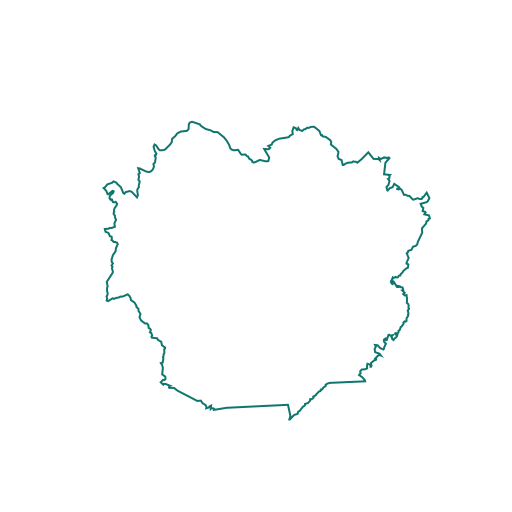 the district of Atengo, Jalisco, Mexico, rotated 37°
{"feature_id": "50627088B38886465943482", "entity_name": "Atengo", "entity_type": "district", "adm_level": 2, "iso_a3": "MEX", "parent_name": "Mexico", "parent_adm1": "Jalisco", "projection": "orthographic", "projection_center": [-104.254, 20.32], "detail": "fine", "context": "isolated", "style": "outline", "palette": "teal", "viewbox_px": 512, "rotation_deg": 37, "n_neighbors": 0, "source": "geoboundaries", "source_scale": "gbopen_adm2", "svg_char_len": 6155}
<svg xmlns="http://www.w3.org/2000/svg" viewBox="0 0 512 512"><g transform="rotate(37 256 256)"><path d="M354.2,102.7L354.3,107.6L353.6,108.7L354.0,109.0L354.0,110.7L352.5,111.9L350.3,112.6L347.9,116.2L347.3,116.5L342.3,115.7L341.1,116.6L338.5,117.1L337.4,118.1L332.6,115.6L330.9,115.4L330.0,115.8L330.0,116.9L327.7,117.9L329.3,116.2L329.0,114.9L323.0,115.2L323.7,118.8L322.0,121.4L321.8,124.5L321.4,124.6L318.7,122.4L319.0,119.8L317.6,115.8L315.1,115.0L315.7,113.9L314.7,111.8L313.9,111.7L314.1,110.7L309.1,113.7L303.2,103.6L303.7,97.6L302.7,97.4L301.3,99.3L300.3,99.3L299.1,100.6L298.8,100.4L297.3,103.5L295.4,103.6L297.0,105.0L295.5,104.8L291.4,107.7L283.3,105.6L282.0,115.3L280.8,120.5L279.4,120.5L276.7,122.0L276.3,123.6L273.6,125.8L271.9,128.3L271.2,130.6L270.5,131.1L266.6,127.9L263.6,128.7L261.2,127.4L259.3,123.3L255.8,122.1L248.7,121.9L247.6,119.8L245.8,118.8L240.0,118.9L237.2,120.4L236.0,119.7L235.2,120.4L231.4,118.0L224.7,117.8L222.4,119.6L220.8,122.2L219.6,122.8L219.2,124.9L218.2,125.8L217.6,128.4L214.7,129.1L212.8,128.3L213.2,130.6L212.5,130.8L211.0,129.9L208.6,130.6L209.8,134.3L212.0,136.5L210.6,139.7L210.7,141.0L210.3,141.8L204.0,148.3L201.9,151.8L200.9,155.4L201.5,157.5L199.6,160.7L202.3,161.1L202.1,162.5L201.6,163.3L198.1,165.6L207.3,169.4L208.7,172.8L206.9,174.5L201.2,177.0L198.8,181.7L197.7,182.9L196.5,183.1L195.7,182.3L193.6,182.1L192.0,182.4L189.9,181.3L188.8,181.7L186.4,181.3L183.8,183.6L182.8,183.7L177.8,182.0L174.6,185.0L172.3,185.7L170.5,185.4L168.0,183.6L163.1,181.5L159.0,180.5L150.7,180.2L147.5,182.5L144.0,183.0L139.2,184.9L133.2,185.2L132.0,184.6L124.1,187.3L122.8,189.5L123.1,191.2L125.7,195.1L125.7,196.8L125.2,198.0L121.0,201.9L119.3,205.6L119.4,208.5L118.5,213.0L120.2,215.8L120.3,218.7L119.3,225.7L117.5,228.0L115.6,229.4L113.8,229.3L109.7,227.8L107.9,228.0L108.4,230.3L111.7,232.9L114.9,234.3L115.2,235.2L114.7,235.9L115.3,236.5L115.1,237.1L116.6,237.7L117.4,238.9L119.0,242.2L118.7,244.2L120.8,246.1L121.5,249.1L121.2,251.5L120.1,253.4L117.2,254.7L110.3,256.1L109.1,256.8L113.3,259.7L112.9,261.5L114.8,262.9L116.2,265.9L118.3,266.5L120.0,270.4L121.1,271.6L121.0,273.4L121.7,275.2L125.0,278.4L125.7,280.8L118.1,279.5L116.0,280.2L113.4,283.5L113.4,285.5L112.2,285.6L106.7,282.4L101.4,281.9L100.5,281.4L97.3,282.2L96.9,284.3L94.2,288.2L94.0,292.2L93.4,293.4L97.2,294.1L100.3,295.9L100.9,295.4L102.2,290.3L103.4,290.0L103.9,291.5L103.0,295.9L104.1,297.8L104.7,298.2L106.5,297.9L106.3,298.5L106.7,298.5L107.1,297.7L109.3,299.0L110.6,298.4L111.3,297.2L113.6,297.9L114.2,299.4L114.3,303.1L115.2,305.3L116.2,305.9L116.4,307.3L117.3,308.3L118.8,308.5L120.3,310.2L122.4,311.2L123.3,315.2L125.7,317.6L124.0,320.3L122.3,321.6L121.8,323.0L119.0,325.4L121.2,327.2L124.3,326.4L127.4,328.1L129.0,327.5L129.9,328.2L131.1,330.3L131.9,330.0L133.9,330.5L135.0,329.6L137.0,329.0L138.5,329.8L139.4,334.0L141.0,336.7L141.2,341.4L142.8,345.8L144.4,347.6L146.2,348.0L146.4,350.6L147.9,351.0L148.4,352.6L151.0,354.5L151.6,355.5L152.4,366.5L155.7,369.4L156.1,370.8L157.9,373.4L160.0,375.1L160.7,376.2L161.0,378.2L162.8,379.6L163.5,381.4L165.0,381.1L167.0,376.0L168.3,375.8L169.6,373.5L171.3,371.9L172.1,370.0L173.4,369.2L174.6,367.5L176.6,363.8L179.0,364.1L181.2,365.1L182.8,366.5L186.9,366.3L190.2,367.6L191.3,368.7L193.8,368.9L195.2,370.5L198.6,371.8L199.8,375.0L202.9,376.6L207.9,376.7L209.4,375.5L211.7,376.0L213.6,378.1L215.2,377.8L216.6,378.4L217.2,380.8L218.7,380.5L221.0,382.1L221.0,383.3L222.0,383.9L226.6,381.2L227.9,382.0L232.0,381.6L234.6,383.9L238.5,383.8L239.0,384.6L238.8,385.7L241.2,388.6L241.3,390.0L242.4,391.6L242.5,392.8L243.5,393.3L245.6,397.2L244.5,398.8L246.4,399.4L248.9,401.3L252.3,407.0L256.1,406.9L257.3,408.1L257.8,409.0L257.3,410.4L256.3,410.9L255.9,414.2L259.4,414.6L259.4,413.5L260.9,412.6L265.3,411.4L265.0,411.8L265.6,413.4L266.1,413.5L269.9,410.7L274.3,410.8L296.3,407.1L299.0,404.7L301.9,405.7L305.6,405.4L307.6,406.7L307.9,407.5L310.0,404.7L309.4,404.2L310.2,402.5L311.9,405.2L312.0,404.6L313.9,403.2L314.8,403.3L315.1,404.1L323.9,394.9L371.1,355.6L379.8,363.1L381.0,366.5L381.4,366.3L382.1,360.1L384.2,357.0L383.4,354.9L384.1,353.6L384.2,347.9L384.9,346.6L384.8,345.3L384.2,344.6L386.0,342.2L386.3,338.7L385.4,337.9L387.0,336.1L387.2,334.6L386.9,333.8L386.4,333.7L387.5,331.2L387.3,330.6L387.9,326.1L388.7,325.2L388.7,324.0L388.2,323.6L389.2,322.5L388.9,320.8L389.9,317.7L389.1,316.8L389.9,314.8L391.3,312.9L418.6,290.4L417.7,289.7L413.8,288.9L409.9,289.0L410.1,286.6L408.8,285.8L408.6,284.8L408.8,283.0L411.1,281.0L412.4,278.9L410.6,276.8L409.9,275.0L412.7,274.1L413.5,274.5L414.1,275.5L414.5,275.2L414.1,273.8L412.8,273.2L412.3,272.2L413.2,268.4L414.3,266.7L414.1,266.1L412.9,266.3L413.4,262.0L414.4,260.6L415.6,260.3L413.4,259.7L409.0,261.1L406.7,258.9L406.3,256.3L404.6,255.4L406.8,254.1L410.4,254.8L413.9,254.1L414.1,253.3L413.3,251.7L412.5,247.8L410.3,247.6L408.7,246.3L408.6,245.6L409.1,244.0L410.5,245.0L411.0,244.5L409.3,239.4L409.8,238.7L411.2,238.7L412.8,237.0L412.6,238.9L414.1,239.5L414.6,240.3L416.4,240.4L416.3,238.6L416.9,236.6L416.7,234.6L416.4,234.1L415.5,234.6L413.8,234.0L414.2,233.2L415.3,233.2L415.8,232.1L415.5,230.7L414.8,230.0L415.3,228.5L414.3,225.6L414.7,224.8L414.7,221.4L413.8,220.6L414.0,218.8L414.9,218.5L415.3,217.3L413.8,215.3L413.5,212.1L412.7,211.5L412.5,210.3L410.0,208.2L410.0,206.1L408.6,205.3L407.9,203.8L406.4,202.7L404.7,202.7L402.5,199.4L399.7,196.6L398.6,198.0L396.5,197.8L396.9,195.9L393.4,195.5L394.1,194.5L392.0,192.9L390.1,193.9L389.3,193.6L387.2,194.5L388.2,195.2L387.2,195.9L381.6,193.7L381.2,194.2L382.0,196.2L381.0,196.4L379.2,195.4L378.9,194.5L380.1,193.6L378.7,193.0L378.2,190.9L379.0,191.1L380.0,188.7L380.8,188.8L382.1,187.7L382.0,185.6L383.0,184.7L382.5,183.4L382.9,181.0L382.7,179.2L383.5,175.4L384.4,174.0L382.7,171.0L380.8,171.5L380.4,171.0L379.1,165.7L374.7,163.1L375.1,161.8L374.5,160.2L376.4,157.6L375.8,154.0L377.4,152.0L377.8,149.9L376.7,147.1L374.7,137.3L371.9,134.1L372.3,127.6L371.3,125.8L372.2,123.8L371.5,122.6L372.2,121.3L369.7,119.5L365.4,121.4L365.2,119.1L364.6,118.9L362.1,119.9L360.7,116.9L358.6,116.8L356.1,115.2L359.9,110.3L360.2,109.3L359.7,105.5L354.2,102.7Z" fill="none" stroke="#0f766e" stroke-width="2"/></g></svg>